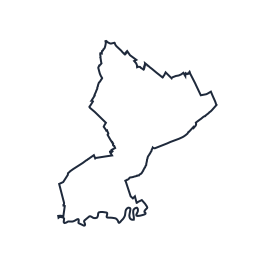 the district of Murgeni, Vaslui, Romania, rotated 74°
{"feature_id": "2599482B64804432182882", "entity_name": "Murgeni", "entity_type": "district", "adm_level": 2, "iso_a3": "ROU", "parent_name": "Romania", "parent_adm1": "Vaslui", "projection": "robinson", "projection_center": [28.041, 46.199], "detail": "fine", "context": "isolated", "style": "outline", "palette": "slate", "viewbox_px": 256, "rotation_deg": 74, "n_neighbors": 0, "source": "geoboundaries", "source_scale": "gbopen_adm2", "svg_char_len": 5715}
<svg xmlns="http://www.w3.org/2000/svg" viewBox="0 0 256 256"><g transform="rotate(74 128 128)"><path d="M195.1,219.5L194.9,219.0L194.8,218.4L195.0,217.2L195.8,215.6L196.3,215.0L197.1,214.5L197.5,214.4L200.6,215.7L201.5,215.5L201.8,215.3L201.9,214.3L201.9,213.7L201.8,213.1L201.4,211.6L201.4,211.1L202.4,208.0L202.6,207.2L202.6,206.6L202.6,206.0L202.4,204.7L201.8,202.3L201.8,201.3L201.9,201.0L202.1,200.8L202.6,200.7L203.2,200.8L204.0,201.1L205.2,201.7L205.8,201.7L206.5,201.0L207.3,200.0L209.1,198.0L209.5,197.6L209.8,196.9L209.8,196.6L209.7,196.4L209.3,196.0L208.5,195.8L205.8,196.0L205.2,195.7L204.8,195.2L202.3,189.5L202.4,188.7L202.6,188.4L203.3,187.5L204.5,186.5L205.2,185.5L205.6,184.4L205.7,182.8L205.6,182.5L205.2,182.0L204.2,181.2L203.4,180.8L202.1,180.3L201.4,179.8L201.1,179.3L201.2,177.5L201.8,175.4L203.2,172.3L203.5,171.8L203.8,171.6L204.0,171.5L204.6,171.6L205.6,172.0L207.1,172.9L207.7,173.0L208.0,172.9L208.4,172.5L208.9,171.1L209.3,169.8L209.8,168.3L210.9,165.9L211.5,164.8L212.4,164.1L213.4,163.6L214.8,163.2L216.0,163.2L216.6,162.9L216.7,162.7L216.5,161.9L216.0,161.0L215.2,159.9L214.5,158.6L213.8,157.5L213.2,156.8L212.1,155.7L211.0,154.9L207.1,153.2L206.1,152.5L205.1,151.2L204.7,149.8L204.8,149.3L205.3,148.4L205.5,148.2L206.1,148.0L206.4,148.0L207.7,148.5L210.9,150.1L212.4,150.8L212.9,150.9L214.3,151.1L215.6,150.9L216.4,150.4L216.9,150.0L217.4,149.1L217.6,148.4L217.7,147.7L216.1,147.1L211.0,146.4L209.1,145.8L208.5,145.4L208.0,145.1L207.2,143.7L207.0,142.3L207.0,141.9L207.1,141.4L207.7,141.1L208.3,140.9L209.3,141.0L210.3,141.3L210.9,141.6L213.6,143.9L214.1,144.0L214.5,144.0L214.7,143.8L215.2,143.0L215.6,140.7L215.7,137.7L215.6,135.9L215.5,135.4L215.3,135.0L215.2,134.8L214.6,134.6L213.9,134.9L213.3,135.3L212.7,135.2L212.0,134.6L211.4,133.8L210.3,131.8L209.9,131.5L209.7,131.4L208.6,131.5L205.5,132.5L201.1,134.6L201.8,138.7L202.3,139.7L202.3,140.3L199.2,140.3L195.6,140.2L197.0,142.7L194.4,144.3L178.7,144.9L178.3,145.1L177.9,145.1L177.7,143.5L177.5,143.2L177.6,142.8L177.3,141.6L176.2,140.0L176.2,139.1L176.4,138.1L176.5,136.3L176.4,135.5L176.5,134.2L176.5,132.9L176.4,132.9L176.2,132.4L176.4,131.6L176.6,130.5L176.2,130.1L175.9,129.6L175.9,129.3L175.7,128.9L175.6,128.1L175.3,127.6L175.1,127.3L174.9,127.2L174.8,126.9L173.5,125.6L173.4,125.3L173.2,125.1L172.4,124.6L171.4,123.5L170.9,123.1L170.7,122.8L170.6,122.5L170.0,122.1L169.3,121.6L169.2,121.4L168.6,120.7L167.4,120.3L166.2,119.6L165.9,119.5L165.1,119.0L164.6,118.8L163.6,118.4L162.6,117.6L162.2,117.5L161.5,117.1L160.6,116.3L159.3,114.7L158.9,114.4L158.6,113.9L157.4,112.8L156.7,111.9L155.3,111.1L154.1,109.9L153.6,109.6L153.9,109.4L154.6,108.5L154.9,107.8L153.6,94.5L153.1,91.1L152.4,81.9L151.9,78.6L151.6,77.1L150.8,74.7L149.8,72.4L148.4,70.9L148.5,70.5L145.1,64.9L146.0,64.8L144.3,62.2L143.0,61.4L141.5,61.3L139.8,56.8L139.3,55.3L138.1,52.6L137.8,51.5L137.9,50.6L137.8,50.4L137.5,50.3L135.9,46.3L135.4,45.6L134.8,43.9L133.9,42.3L130.2,36.5L129.4,36.8L128.1,36.8L126.5,36.9L120.2,37.8L115.9,38.3L116.9,42.1L117.1,43.5L116.6,49.0L104.5,51.0L104.2,51.0L93.0,53.2L92.9,53.4L92.5,53.3L91.8,53.3L91.5,53.2L90.9,53.3L91.2,53.7L91.8,54.2L92.1,54.6L92.4,54.8L92.5,54.9L92.5,55.1L92.2,55.3L92.0,55.6L92.1,56.0L92.3,56.2L92.2,56.3L91.8,56.8L92.2,57.0L92.1,57.3L91.7,57.2L91.3,57.5L91.8,57.8L91.9,58.1L92.2,58.3L92.4,58.3L92.5,58.0L93.3,58.4L93.9,58.6L90.2,59.6L91.1,61.9L91.5,64.8L91.2,67.6L91.5,71.0L91.8,72.1L92.2,72.4L84.9,76.5L87.4,78.8L87.9,79.7L88.6,80.2L89.0,80.8L88.9,80.9L85.5,83.3L82.6,85.4L77.6,88.8L75.6,90.3L74.1,91.2L73.4,92.0L73.1,91.9L70.4,93.8L71.0,93.9L71.5,94.3L71.8,94.4L72.1,94.2L72.3,94.3L72.3,94.5L72.8,94.7L73.4,95.0L73.4,95.3L73.1,95.3L73.4,95.5L73.6,95.7L73.9,95.5L74.3,95.8L74.6,95.7L74.7,95.9L74.9,95.9L75.1,96.1L75.3,96.2L75.6,96.5L75.9,96.5L76.2,96.9L75.8,97.3L75.4,97.5L73.8,99.0L72.6,99.6L72.0,101.2L72.0,101.8L72.1,102.5L71.3,102.4L70.8,102.1L70.5,102.1L68.0,102.3L67.3,102.7L66.1,103.2L65.3,103.6L64.8,101.2L58.6,106.0L53.8,107.6L54.9,109.4L55.5,109.1L55.8,109.7L56.4,110.2L56.5,110.7L56.3,110.9L53.6,112.4L51.8,113.2L46.3,116.5L45.2,117.0L43.8,117.3L42.4,117.4L42.3,117.5L42.3,118.6L42.2,120.2L42.2,120.9L42.0,121.6L41.4,122.4L40.3,123.6L39.6,124.2L38.6,124.7L38.3,125.0L38.3,125.7L38.8,125.8L39.4,125.7L40.9,126.2L42.8,127.2L44.5,128.3L45.3,129.2L45.6,130.0L46.5,130.6L46.7,130.9L46.7,131.5L46.9,131.8L48.0,132.3L49.2,132.7L48.5,133.8L48.5,134.0L49.5,134.4L52.1,134.8L52.6,135.2L53.1,135.1L56.9,135.6L58.6,135.7L59.0,136.4L59.4,136.9L59.6,137.4L59.9,137.9L59.9,138.2L60.2,138.3L60.2,138.6L60.5,138.8L60.7,139.0L61.0,139.2L61.4,139.7L62.0,140.0L67.8,140.1L70.3,139.8L72.9,139.1L73.4,139.5L73.8,140.1L75.6,142.1L76.0,142.7L76.3,143.4L76.4,143.5L78.8,145.2L79.5,145.4L80.5,146.3L81.7,146.7L83.3,148.1L84.7,149.1L85.6,149.9L87.3,151.3L87.7,151.1L91.6,155.5L91.7,154.9L92.8,154.4L96.1,158.1L96.8,159.1L97.1,159.3L98.3,158.9L103.4,155.5L116.9,147.8L118.6,149.7L120.1,151.0L123.5,149.8L124.6,149.6L124.5,148.8L124.9,148.8L127.9,148.4L128.2,148.6L128.6,149.3L128.9,149.5L133.9,148.3L137.5,147.3L137.4,147.0L137.5,147.0L138.9,146.5L139.9,147.1L140.3,147.1L141.0,146.8L141.2,146.6L141.4,146.2L143.7,145.9L144.5,149.7L146.2,149.3L146.5,150.0L146.1,150.1L145.9,150.4L145.5,151.0L145.6,151.5L145.7,151.8L146.4,151.9L150.0,150.9L149.2,157.0L148.0,166.6L147.9,167.2L148.2,167.9L144.7,168.3L146.5,173.6L146.6,173.9L146.9,174.5L146.9,175.0L147.5,176.3L147.5,176.8L148.1,178.4L149.1,181.0L152.4,192.1L153.7,195.7L154.1,196.3L154.9,198.1L155.7,198.5L156.4,198.7L162.1,205.2L162.8,209.6L178.2,210.0L182.3,210.1L183.0,210.3L184.5,211.0L184.4,211.3L184.8,211.4L184.9,211.1L185.5,210.5L185.6,210.3L195.0,214.5L194.7,215.0L193.7,217.1L193.3,219.3L195.1,219.5Z" fill="none" stroke="#1e293b" stroke-width="2"/></g></svg>